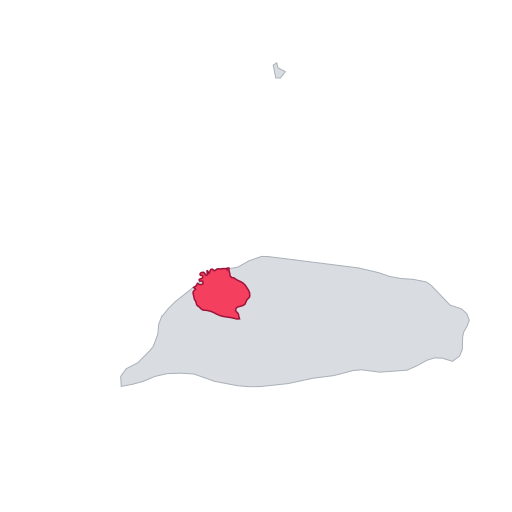 where Tainan City sits in Taiwan, rotated 68°
{"feature_id": "TWN-1160", "entity_name": "Tainan City", "entity_type": "Special Municipality", "adm_level": 1, "iso_a3": "TWN", "parent_name": "Taiwan", "parent_adm1": "", "projection": "orthographic", "projection_center": [120.249, 23.155], "detail": "fine", "context": "in_parent", "style": "filled", "palette": "rose", "viewbox_px": 512, "rotation_deg": 68, "n_neighbors": 0, "source": "natural_earth", "source_scale": "10m", "svg_char_len": 2187}
<svg xmlns="http://www.w3.org/2000/svg" viewBox="0 0 512 512"><g transform="rotate(68 256 256)"><path d="M342.2,357.7L336.4,369.8L331.7,382.7L329.8,394.8L330.0,407.3L328.7,418.6L326.4,429.8L317.0,426.6L311.9,418.6L310.7,405.5L303.9,389.7L301.4,385.2L291.7,376.3L282.9,371.9L276.0,365.4L276.9,365.9L271.9,357.1L268.0,347.8L260.2,321.1L257.4,314.7L253.8,308.8L252.8,303.0L254.0,296.6L257.4,286.9L259.5,277.2L257.8,264.0L258.5,250.9L261.0,245.1L305.5,165.4L317.5,148.4L324.8,140.0L330.9,130.6L336.7,118.7L343.9,107.8L349.0,104.5L374.2,94.5L382.1,85.2L388.3,82.2L395.5,82.3L400.2,86.7L404.4,92.0L408.7,94.8L420.0,99.8L425.0,104.7L427.3,113.2L420.6,121.4L417.3,128.8L416.7,136.9L418.1,147.8L418.4,158.8L410.1,184.7L401.0,200.9L398.6,208.9L396.0,228.8L390.7,248.8L386.3,274.1L378.9,300.2L374.7,311.2L369.4,321.6L356.7,341.4L342.2,357.7ZM96.1,159.8L100.1,166.7L98.3,171.0L85.4,168.5L84.7,164.4L89.6,165.2L96.1,159.8Z" fill="#d9dde1" stroke="#a8b0b8" stroke-width="1"/><path d="M261.8,325.6L261.5,323.3L260.8,322.0L259.4,320.6L261.1,319.4L262.1,317.2L261.7,315.3L259.4,314.9L259.0,315.6L258.6,316.8L257.9,317.8L256.7,317.7L256.3,316.9L256.4,314.4L256.1,313.5L254.7,312.9L253.8,313.6L253.2,314.7L252.2,314.9L251.1,314.0L250.9,312.7L251.1,311.5L251.5,310.7L252.6,310.1L253.9,309.9L255.1,309.6L255.4,308.5L254.9,307.9L251.5,307.1L251.5,306.4L254.4,306.3L254.1,305.4L252.5,304.1L251.5,302.9L251.8,301.4L252.7,300.9L253.7,300.6L254.2,299.7L253.9,298.3L253.4,297.1L253.7,296.0L254.2,294.7L255.0,293.7L254.9,292.9L255.0,292.1L256.3,288.8L256.8,288.2L257.8,288.0L256.4,287.1L257.0,285.6L258.9,286.3L262.1,286.8L264.7,287.5L267.0,286.5L267.9,284.7L270.0,283.4L272.3,281.5L274.0,279.8L276.3,278.1L279.1,276.9L284.6,275.8L287.6,275.7L290.2,276.5L291.7,277.4L292.4,278.9L293.1,280.7L296.6,284.4L297.0,287.1L296.4,292.3L297.0,293.9L298.6,295.2L300.0,295.2L301.9,294.3L303.7,294.1L305.1,294.5L308.1,294.8L307.3,297.2L303.5,302.7L299.9,308.9L297.6,311.9L294.9,314.5L292.5,316.5L290.3,318.8L288.4,321.4L287.3,323.3L286.4,325.3L284.2,326.9L281.8,327.8L280.5,328.8L279.0,329.3L275.9,328.9L273.0,329.3L267.3,328.4L265.5,327.6L264.1,324.4L261.8,325.6Z" fill="#f43f5e" stroke="#9f1239" stroke-width="1.5"/></g></svg>